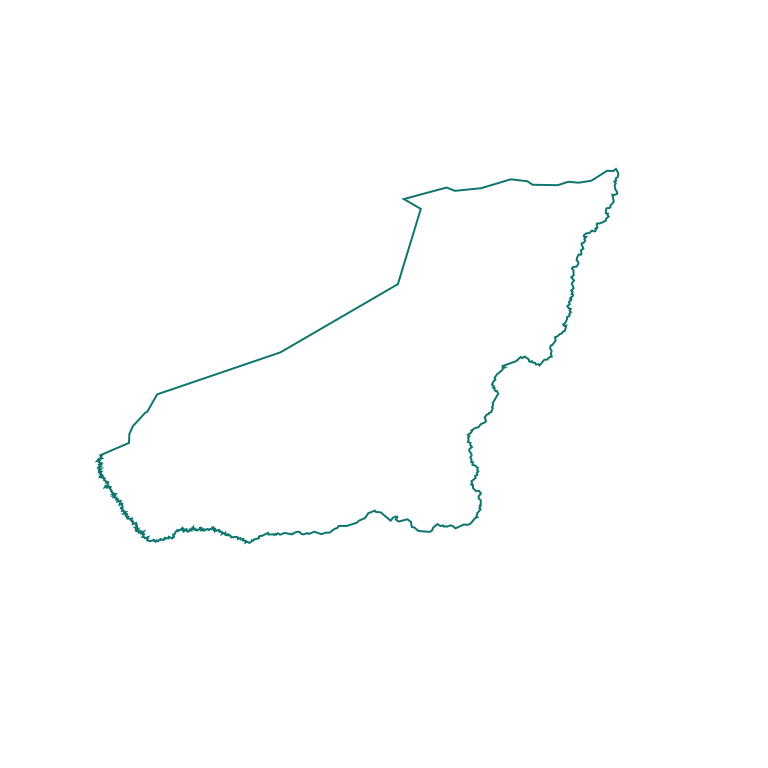 outline of Raga, Western Bahr el Ghazal, South Sudan, rotated 247°
{"feature_id": "79223893B70929244954658", "entity_name": "Raga", "entity_type": "district", "adm_level": 2, "iso_a3": "SSD", "parent_name": "South Sudan", "parent_adm1": "Western Bahr el Ghazal", "projection": "equal_earth", "projection_center": [25.202, 8.544], "detail": "fine", "context": "isolated", "style": "outline", "palette": "teal", "viewbox_px": 768, "rotation_deg": 247, "n_neighbors": 0, "source": "geoboundaries", "source_scale": "gbopen_adm2", "svg_char_len": 6071}
<svg xmlns="http://www.w3.org/2000/svg" viewBox="0 0 768 768"><g transform="rotate(247 384 384)"><path d="M470.5,435.8L453.6,301.0L463.1,171.1L451.1,155.5L450.8,152.9L443.3,136.3L437.5,130.1L429.4,126.2L429.3,94.2L428.5,96.4L427.6,94.7L425.8,95.5L426.5,92.0L425.4,90.1L425.3,91.4L424.6,90.9L424.4,91.7L424.1,91.0L421.6,91.5L421.9,92.8L421.4,93.2L421.1,91.7L420.5,92.0L420.8,90.3L419.2,91.0L419.6,90.0L418.7,88.2L418.0,89.3L416.6,88.3L416.4,90.1L415.2,87.4L414.3,87.3L415.1,88.2L414.0,89.6L413.8,88.7L412.6,88.8L412.0,87.0L412.2,88.4L409.9,89.0L410.5,87.8L409.6,87.7L410.0,86.2L409.4,85.9L408.7,88.4L408.3,87.6L406.2,90.1L405.1,88.7L402.5,90.3L401.8,89.7L401.5,91.6L398.8,90.2L399.0,87.7L398.2,86.8L398.3,87.9L397.2,88.0L397.4,89.0L396.6,89.4L397.1,91.0L395.9,92.1L394.9,90.8L392.3,91.6L391.7,90.8L389.1,92.4L388.7,91.0L387.6,93.6L387.0,91.1L386.4,92.6L385.3,90.8L383.6,94.2L383.7,93.1L382.3,92.2L381.6,94.1L380.0,92.6L379.2,95.9L376.2,93.4L376.1,96.3L373.1,95.2L372.6,92.5L372.0,94.8L369.5,93.2L369.3,95.0L367.8,94.8L367.1,96.2L366.4,93.5L364.8,96.5L363.4,96.7L364.4,96.0L363.7,94.7L362.0,95.3L361.7,96.6L360.4,95.3L359.3,97.5L358.3,97.5L358.6,99.3L356.1,98.2L356.0,99.1L354.4,99.1L353.2,98.1L352.8,102.5L352.6,101.3L350.7,100.7L349.8,102.0L350.1,100.7L348.5,100.8L349.0,99.0L347.6,100.0L347.5,98.8L345.8,98.3L345.2,99.1L345.6,100.6L344.9,99.9L343.9,101.7L343.8,100.2L343.1,100.1L343.3,102.3L341.8,101.9L341.9,104.9L340.6,102.8L339.5,104.4L337.5,102.0L337.1,103.2L335.5,103.6L335.2,107.2L332.8,104.9L330.6,107.2L330.5,111.2L329.2,111.1L329.0,112.3L328.2,112.3L328.8,113.7L327.5,114.4L328.1,115.7L327.7,117.4L328.5,117.7L326.6,120.0L327.8,121.8L326.9,121.9L327.2,123.4L326.0,125.3L327.4,126.2L324.5,128.9L325.8,130.2L325.4,130.9L327.8,131.1L327.4,132.2L329.6,134.7L329.2,136.9L330.1,136.8L329.3,139.2L330.0,141.4L329.3,141.0L329.3,142.2L328.6,141.7L328.1,143.2L327.3,141.7L326.5,141.8L327.4,145.5L325.1,145.2L324.5,146.4L325.3,147.5L324.5,149.2L325.8,148.9L325.2,150.7L326.5,149.6L325.9,150.6L326.6,152.1L325.2,151.3L325.1,153.1L323.7,152.9L323.5,154.4L322.4,154.3L322.3,157.2L323.5,158.3L323.1,159.7L321.9,159.8L321.0,158.8L320.8,160.5L320.2,159.6L319.3,161.2L319.5,164.8L318.0,165.7L318.6,166.4L317.4,169.6L319.0,169.8L318.7,171.0L316.3,170.2L315.6,170.4L316.0,171.0L315.0,170.8L315.9,172.0L314.4,172.1L314.3,174.9L312.3,174.8L312.5,175.9L310.3,176.7L310.9,178.0L309.5,176.6L309.7,177.6L308.4,178.7L308.9,179.7L307.0,179.1L306.0,181.0L306.7,181.0L306.5,181.9L305.7,181.3L304.4,183.4L302.5,183.5L301.0,188.4L299.8,189.6L298.4,189.0L298.4,191.5L296.7,191.7L296.4,193.9L295.1,193.1L293.8,195.4L292.2,194.5L292.5,196.1L290.4,197.9L290.7,200.6L291.8,201.5L291.0,202.6L291.7,203.7L290.9,208.8L292.3,209.2L292.7,210.7L291.9,211.8L292.2,219.0L290.6,218.8L288.7,223.9L287.9,223.9L288.2,226.0L287.5,226.1L288.1,227.8L285.9,229.5L285.7,234.5L281.7,240.2L282.2,240.8L281.5,242.5L282.1,243.4L281.7,246.9L280.8,248.5L278.4,249.2L277.0,251.2L276.7,255.2L275.4,256.1L275.2,262.1L270.2,267.9L269.9,272.3L268.4,275.9L269.9,281.3L269.8,285.0L271.0,286.8L267.9,294.3L266.9,305.0L268.0,307.6L268.0,314.1L271.2,319.0L271.0,326.2L269.5,326.5L267.0,330.9L255.6,336.7L257.4,340.0L257.4,343.4L256.5,344.3L255.7,343.8L254.7,341.9L251.7,343.6L250.3,352.8L246.3,354.9L241.6,353.7L239.9,356.0L235.8,357.9L234.6,359.5L230.0,368.4L230.2,370.6L232.6,373.3L234.2,378.5L231.2,380.4L230.7,383.1L229.3,383.4L229.1,385.0L228.1,386.0L227.9,389.9L226.3,391.9L223.2,393.3L223.5,402.5L221.5,406.4L221.7,409.1L225.0,415.7L224.9,417.9L225.9,417.4L228.7,419.5L230.9,423.9L232.7,423.3L233.9,425.2L234.6,424.7L235.7,426.2L239.2,427.6L241.6,426.5L243.5,427.1L245.5,430.5L248.5,429.6L249.8,426.6L253.4,425.3L256.3,426.4L257.4,425.0L258.6,426.5L260.3,426.5L261.7,431.6L263.9,432.0L263.9,434.5L265.8,434.8L266.8,436.7L268.1,436.1L270.1,437.6L273.3,436.0L275.0,433.8L277.2,435.3L278.1,433.8L280.2,435.0L282.7,434.8L283.8,436.6L285.4,437.1L289.3,436.3L290.9,437.5L291.7,440.4L294.0,439.5L296.0,440.6L297.8,438.6L299.4,440.1L301.6,440.3L302.5,442.2L304.3,441.2L305.2,445.2L306.3,446.6L307.0,446.3L307.9,451.2L307.2,453.9L309.2,457.4L309.3,462.2L310.0,463.5L314.0,463.6L315.7,466.7L315.5,468.6L316.2,469.2L316.3,471.8L319.3,474.7L320.5,474.4L321.9,476.2L323.8,476.5L330.4,485.3L333.4,485.2L333.8,484.0L335.5,483.5L337.1,484.2L337.9,483.1L338.8,484.3L341.3,483.1L343.7,485.9L344.3,488.1L346.6,488.3L348.8,492.0L350.8,498.6L351.9,499.3L352.0,501.6L353.1,499.8L354.2,500.1L353.4,514.8L355.5,520.3L353.9,521.3L354.2,524.4L350.0,526.9L348.4,526.4L347.1,527.3L347.2,529.1L345.8,529.2L344.4,531.4L342.5,531.5L341.7,534.2L340.3,534.5L343.7,541.1L342.7,543.7L344.1,546.7L343.7,549.1L346.5,549.4L348.9,551.2L352.1,550.8L354.2,552.4L354.1,554.2L357.0,559.0L360.3,559.8L360.1,562.4L361.2,565.3L361.1,567.7L362.4,569.4L362.2,571.2L366.6,574.6L367.3,572.3L368.9,572.2L369.4,574.6L372.1,577.8L373.9,578.5L374.3,581.5L376.3,582.1L377.1,584.1L378.8,583.5L380.3,585.2L381.3,583.7L384.1,583.2L384.9,586.2L387.3,586.2L387.9,588.9L389.2,589.6L389.7,588.6L390.7,589.8L391.0,591.8L392.4,593.0L393.6,591.8L395.2,593.6L396.9,592.9L398.0,595.9L403.2,596.1L405.0,599.4L409.1,598.1L410.0,601.1L414.6,602.8L416.9,602.1L417.8,604.0L416.8,607.1L418.8,610.0L420.7,610.5L422.5,609.6L425.1,611.3L427.1,613.7L426.1,615.5L426.4,616.5L430.2,617.6L430.6,620.4L435.5,620.5L436.2,620.9L436.2,623.7L437.3,625.1L439.2,625.1L440.4,627.5L441.2,626.0L442.3,625.7L443.1,626.7L443.6,629.2L442.7,632.0L444.0,635.4L442.3,637.1L442.3,638.5L443.2,639.4L445.1,639.0L444.4,639.6L444.6,641.6L448.0,642.2L448.5,643.3L447.5,645.0L447.5,649.7L447.9,652.2L449.4,653.0L450.4,656.3L452.5,655.8L453.3,656.7L454.5,655.0L458.0,656.5L458.8,658.0L458.0,659.6L458.2,661.4L459.7,662.0L462.0,666.7L469.0,668.2L468.0,669.2L468.0,672.9L469.3,673.6L473.4,673.0L476.8,673.9L477.9,675.6L480.4,675.2L480.3,677.0L482.7,677.6L483.1,680.0L486.6,682.1L491.4,681.5L490.4,678.5L493.1,672.6L490.1,654.2L493.3,641.7L498.1,632.8L499.1,621.7L509.3,598.7L514.7,595.1L522.9,580.6L526.3,549.8L534.1,524.8L540.4,518.3L546.5,474.5L530.8,486.3L470.5,435.8Z" fill="none" stroke="#0f766e" stroke-width="2"/></g></svg>